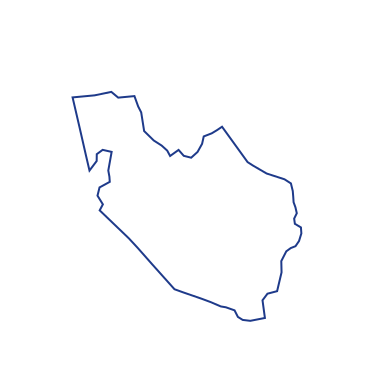 Macaparana, Pernambuco, Brazil, rotated 146°
{"feature_id": "56859067B7304153063563", "entity_name": "Macaparana", "entity_type": "district", "adm_level": 2, "iso_a3": "BRA", "parent_name": "Brazil", "parent_adm1": "Pernambuco", "projection": "orthographic", "projection_center": [-35.455, -7.535], "detail": "fine", "context": "isolated", "style": "outline", "palette": "blue", "viewbox_px": 384, "rotation_deg": 146, "n_neighbors": 0, "source": "geoboundaries", "source_scale": "gbopen_adm2", "svg_char_len": 1035}
<svg xmlns="http://www.w3.org/2000/svg" viewBox="0 0 384 384"><g transform="rotate(146 192 192)"><path d="M108.2,150.8L119.8,165.6L126.7,179.9L129.2,185.7L130.6,229.3L136.5,229.3L142.8,229.6L151.2,231.5L156.7,226.3L165.0,222.1L173.5,220.9L178.6,226.6L179.6,234.4L190.0,234.1L189.4,240.2L191.2,247.5L194.9,256.1L197.6,269.3L189.6,286.4L188.8,293.0L186.1,303.7L200.4,311.5L202.9,320.1L218.7,326.6L238.1,337.2L249.0,308.7L255.8,291.1L259.7,281.0L265.0,267.1L253.7,271.0L249.8,276.6L242.5,276.9L236.2,270.2L249.4,256.6L251.9,250.9L254.5,246.4L266.1,247.5L272.4,241.8L272.8,231.6L278.8,228.4L270.3,189.0L268.3,176.2L265.5,154.7L260.9,121.2L255.8,114.2L243.4,97.7L238.1,90.3L232.1,81.0L228.4,77.5L222.9,70.1L223.8,62.8L221.5,57.6L215.7,52.6L202.0,46.8L194.1,62.8L186.3,65.5L176.9,62.2L162.7,75.3L156.6,84.8L147.0,90.1L141.5,90.3L136.5,89.2L130.7,91.5L124.5,96.5L121.5,101.7L124.5,108.1L122.2,112.8L117.0,115.8L114.8,121.5L113.5,126.7L110.7,131.5L107.9,136.5L105.2,143.8L108.2,150.8Z" fill="none" stroke="#1e3a8a" stroke-width="2"/></g></svg>